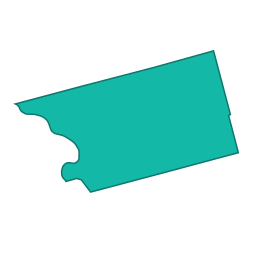 outline of Atchison, Kansas, United States of America, rotated 165°
{"feature_id": "52423323B34368338565604", "entity_name": "Atchison", "entity_type": "district", "adm_level": 2, "iso_a3": "USA", "parent_name": "United States of America", "parent_adm1": "Kansas", "projection": "equal_earth", "projection_center": [-95.118, 39.536], "detail": "fine", "context": "isolated", "style": "filled", "palette": "teal", "viewbox_px": 256, "rotation_deg": 165, "n_neighbors": 0, "source": "geoboundaries", "source_scale": "gbopen_adm2", "svg_char_len": 873}
<svg xmlns="http://www.w3.org/2000/svg" viewBox="0 0 256 256"><g transform="rotate(165 128 128)"><path d="M25.4,180.4L88.6,179.8L158.3,180.3L230.6,180.4L229.2,179.2L227.9,177.0L227.2,172.7L226.0,170.8L223.3,168.2L221.4,167.4L214.5,165.3L210.2,162.8L208.5,161.7L207.1,160.4L206.0,159.2L204.3,156.5L203.9,155.3L203.4,152.9L202.9,146.6L202.7,145.2L202.1,144.1L200.7,142.3L199.7,141.4L193.5,138.0L191.7,136.6L188.3,133.3L184.9,129.2L183.6,127.2L182.7,125.2L181.2,119.9L181.4,117.6L183.3,111.0L183.7,110.4L184.7,109.3L186.1,108.4L187.3,108.0L189.4,107.8L193.8,109.7L195.3,110.0L196.3,110.0L197.9,109.6L199.6,108.7L200.5,108.0L201.2,107.2L203.1,104.0L203.8,101.5L204.1,99.5L204.1,98.6L203.6,96.5L201.8,93.1L201.7,92.4L190.8,92.6L186.5,90.0L180.7,75.8L104.2,75.6L85.0,75.6L27.8,75.6L27.6,114.0L25.6,114.6L25.4,180.4Z" fill="#14b8a6" stroke="#0f766e" stroke-width="1.5"/></g></svg>